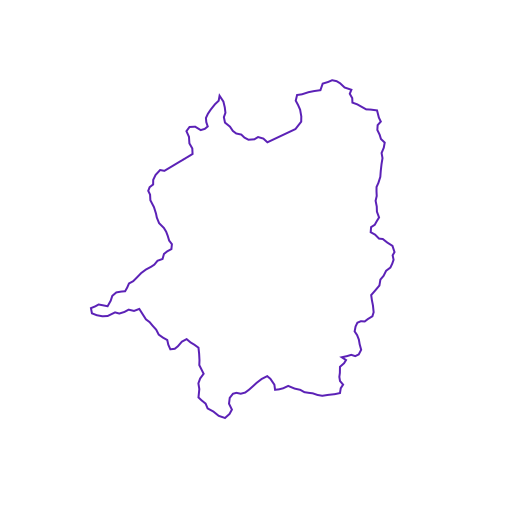 outline of Natividade, Rio de Janeiro, Brazil, rotated 334°
{"feature_id": "56859067B70660128968293", "entity_name": "Natividade", "entity_type": "district", "adm_level": 2, "iso_a3": "BRA", "parent_name": "Brazil", "parent_adm1": "Rio de Janeiro", "projection": "robinson", "projection_center": [-41.94, -21.042], "detail": "fine", "context": "isolated", "style": "outline", "palette": "violet", "viewbox_px": 512, "rotation_deg": 334, "n_neighbors": 0, "source": "geoboundaries", "source_scale": "gbopen_adm2", "svg_char_len": 3036}
<svg xmlns="http://www.w3.org/2000/svg" viewBox="0 0 512 512"><g transform="rotate(334 256 256)"><path d="M86.9,239.4L91.6,242.9L96.4,244.9L101.0,244.9L104.6,244.9L107.9,247.8L113.2,248.6L118.0,248.4L122.3,251.9L127.9,252.4L128.7,259.5L129.3,264.7L131.4,268.8L132.5,273.3L134.0,278.5L134.1,284.0L136.6,288.6L139.4,292.6L138.3,297.2L138.1,302.3L142.3,303.8L146.2,302.9L151.8,300.5L157.2,300.3L159.3,305.0L161.7,308.7L164.1,313.2L162.0,319.0L159.5,324.9L157.2,329.2L157.3,338.9L152.1,341.6L148.4,345.2L146.7,350.8L142.3,357.9L143.8,361.9L146.0,366.6L145.7,371.8L149.5,377.1L152.4,383.3L157.1,388.0L162.9,386.4L167.0,383.5L167.0,376.9L170.2,372.0L174.9,369.7L178.4,370.4L181.9,373.1L186.4,374.0L191.2,373.1L196.2,371.7L200.9,370.3L207.2,369.0L213.4,368.9L215.1,372.7L216.1,379.7L214.5,384.6L218.1,385.9L222.4,386.8L228.0,386.9L232.6,392.1L237.1,395.7L239.8,399.6L243.4,402.1L246.8,404.3L250.3,407.8L254.3,410.7L259.8,412.4L266.2,414.7L271.4,416.0L274.2,412.0L277.9,409.8L276.7,405.2L277.9,401.2L280.1,397.9L282.9,392.4L288.1,391.0L291.3,389.0L288.7,384.6L294.0,385.9L298.3,386.6L301.3,389.5L305.2,389.5L309.4,386.4L310.5,380.7L311.8,376.2L312.2,371.4L311.6,367.0L314.6,363.0L317.9,360.4L321.7,360.6L325.0,362.5L328.9,361.7L334.2,361.2L337.1,358.1L339.4,351.8L340.9,346.2L342.4,341.6L347.7,339.4L354.0,336.6L357.5,331.7L361.9,329.8L366.5,326.3L371.7,325.3L375.1,322.6L378.0,319.7L379.1,315.3L382.2,313.2L383.1,306.7L379.9,301.5L377.4,296.3L374.2,294.3L372.4,289.0L369.5,284.9L372.1,280.5L376.4,280.0L379.7,277.7L383.5,275.3L384.1,269.2L386.2,264.5L387.7,258.8L390.8,255.0L392.7,250.6L394.6,246.8L398.0,244.0L402.4,239.4L405.5,234.1L409.2,228.3L412.6,223.5L414.0,218.5L418.3,214.7L421.4,210.5L419.6,205.6L420.3,201.2L420.3,195.9L422.7,191.7L427.1,189.9L427.1,185.5L428.6,178.2L423.3,174.7L419.3,172.5L416.4,168.3L413.5,164.1L409.9,160.4L411.7,156.3L411.4,151.3L414.6,148.4L409.5,143.4L407.3,137.6L405.1,134.2L401.5,131.4L397.1,131.2L391.5,130.3L386.6,135.2L380.4,133.2L375.1,131.8L368.1,130.8L363.5,129.3L359.8,133.8L360.0,138.7L359.8,143.8L357.9,150.4L355.5,155.1L351.0,157.3L347.1,159.2L316.1,158.8L314.1,153.7L310.0,150.0L305.7,150.4L300.2,148.2L297.5,144.5L296.0,140.4L291.9,137.2L290.0,133.4L289.3,128.3L286.6,122.5L288.0,117.1L291.3,113.9L293.1,108.7L294.4,102.9L293.5,96.0L290.5,100.1L285.7,101.6L279.6,104.5L275.1,107.1L271.5,110.0L270.0,113.9L269.4,118.4L265.7,119.3L261.5,118.6L258.0,113.1L252.8,110.9L248.2,113.3L248.0,119.5L245.5,125.6L245.9,131.4L243.7,136.5L211.0,139.3L207.5,136.7L201.3,139.1L197.0,142.5L194.9,146.6L190.6,147.5L187.7,150.2L187.7,154.4L185.5,159.6L185.7,167.4L184.7,174.1L183.7,178.0L183.3,184.0L185.5,190.4L185.9,194.8L185.5,199.2L184.7,204.1L185.6,208.5L183.0,212.7L178.2,212.9L174.2,213.8L170.7,217.7L165.4,217.1L160.8,219.2L157.0,219.7L151.2,219.9L145.3,221.0L139.8,223.0L134.6,224.8L129.8,225.0L126.4,227.9L122.9,230.3L119.3,228.9L114.5,227.5L109.4,228.8L105.8,232.5L100.6,236.1L96.8,233.2L93.3,230.6L89.5,230.8L84.8,230.5L83.4,235.6L86.9,239.4Z" fill="none" stroke="#5b21b6" stroke-width="2"/></g></svg>